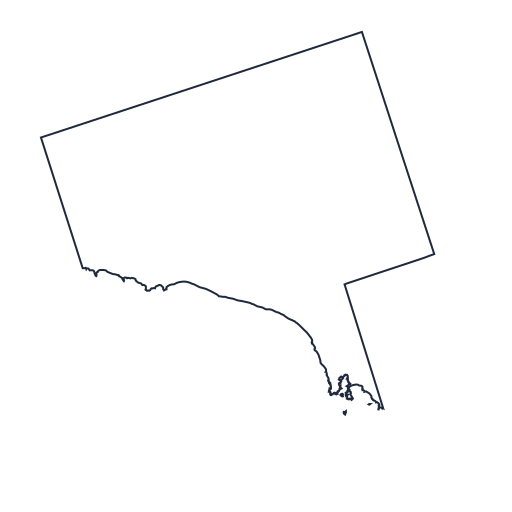 Escalante, Chubut, Argentina, rotated 73°
{"feature_id": "61730980B51244903644877", "entity_name": "Escalante", "entity_type": "district", "adm_level": 2, "iso_a3": "ARG", "parent_name": "Argentina", "parent_adm1": "Chubut", "projection": "albers", "projection_center": [-67.016, -45.339], "detail": "fine", "context": "isolated", "style": "outline", "palette": "slate", "viewbox_px": 512, "rotation_deg": 73, "n_neighbors": 0, "source": "geoboundaries", "source_scale": "gbopen_adm2", "svg_char_len": 6088}
<svg xmlns="http://www.w3.org/2000/svg" viewBox="0 0 512 512"><g transform="rotate(73 256 256)"><path d="M72.7,89.2L79.8,427.0L217.0,425.3L217.5,423.6L217.5,422.3L218.0,422.1L218.8,422.1L218.5,421.8L218.5,421.0L218.7,420.4L219.3,419.7L221.1,419.3L221.3,418.1L221.9,416.5L222.4,415.7L223.3,415.3L225.2,415.4L227.7,415.2L228.5,414.7L228.2,414.3L225.5,413.5L225.0,413.0L225.0,412.0L224.1,411.2L223.8,410.0L223.8,409.2L224.7,406.2L225.5,404.4L226.0,403.7L227.5,402.8L228.1,402.3L231.4,398.2L232.6,395.5L233.4,394.6L234.1,393.0L234.6,392.7L235.0,393.0L238.0,390.3L238.4,390.2L238.7,390.5L239.9,390.3L240.4,389.9L241.4,389.8L241.7,389.6L241.7,388.9L241.7,389.5L241.3,389.8L240.1,389.7L240.2,389.3L239.7,389.3L239.7,389.6L238.8,389.5L238.4,388.8L238.2,387.6L238.7,386.5L239.6,385.8L239.4,385.1L239.5,384.6L240.7,382.6L240.6,381.9L240.6,381.2L242.0,378.8L242.9,378.0L244.3,378.2L247.0,376.5L248.8,373.8L250.6,373.2L250.8,371.8L252.1,370.5L253.0,370.2L255.3,371.0L255.9,371.5L256.3,371.2L256.5,370.7L257.4,370.4L257.6,368.8L258.0,368.4L258.0,368.1L257.7,367.2L256.6,366.0L256.4,365.1L256.8,364.5L256.7,363.3L257.4,362.0L256.3,361.2L255.8,360.5L255.7,358.5L255.4,357.5L255.5,356.8L256.1,355.6L258.6,354.1L259.0,354.0L260.8,354.5L261.6,353.9L262.0,353.9L261.6,352.5L261.7,351.4L260.8,351.3L260.6,350.9L259.6,350.6L259.1,349.5L258.5,346.8L258.6,344.7L259.1,342.6L258.5,339.7L258.6,336.5L259.1,333.5L259.5,332.0L260.5,329.7L262.1,327.2L263.4,325.8L265.2,323.3L269.3,319.1L272.8,313.5L276.6,309.3L281.5,304.5L283.1,303.5L283.6,303.3L285.5,299.2L286.0,297.5L287.9,294.8L290.0,290.7L293.2,286.3L295.1,282.4L298.6,276.3L299.6,274.9L300.7,273.8L301.5,272.5L304.4,269.6L307.2,264.8L309.4,262.7L310.1,261.6L310.9,258.7L312.0,256.7L315.3,253.2L317.0,250.6L318.5,249.3L320.6,246.8L322.2,245.8L325.3,243.3L327.5,240.8L327.9,240.1L328.8,239.4L329.8,238.1L331.1,237.4L331.9,236.6L334.6,234.9L341.5,231.2L343.7,229.9L350.1,227.4L352.5,226.9L353.8,227.1L354.2,227.6L354.9,227.6L354.9,227.9L355.1,228.1L356.2,228.1L356.5,227.6L357.4,227.2L360.6,226.3L361.4,226.4L362.1,227.3L363.4,227.4L363.9,226.7L365.5,225.9L368.7,225.1L374.5,225.0L377.0,225.5L378.4,225.0L381.7,223.2L384.8,222.2L386.6,222.6L387.0,223.1L387.1,222.8L387.4,222.7L389.1,222.7L390.2,222.9L390.1,223.1L390.5,223.3L394.0,222.4L394.7,222.5L395.2,223.0L395.5,223.1L395.4,222.9L395.9,222.7L396.4,222.9L397.6,222.9L397.9,223.2L398.4,223.2L398.6,222.9L399.0,222.7L399.0,222.4L399.5,222.5L399.6,222.8L399.7,222.7L399.8,222.3L400.7,222.8L401.0,222.6L401.0,222.3L401.3,222.3L402.8,222.5L403.0,222.6L403.2,223.0L403.8,223.2L403.9,222.8L404.1,222.8L404.8,223.0L405.0,223.4L404.8,223.8L404.8,224.4L404.5,224.6L405.8,225.3L406.2,225.1L406.4,225.8L406.7,225.9L407.1,225.5L407.3,225.8L407.7,225.1L407.8,224.7L408.1,224.6L408.8,225.0L409.1,224.8L409.9,225.3L410.1,225.1L410.1,225.4L410.8,225.3L411.0,224.7L410.3,224.0L410.7,223.7L410.5,223.3L410.6,222.9L409.8,221.8L410.1,221.5L409.8,221.5L409.7,220.8L410.3,220.3L410.6,220.6L410.7,220.3L410.6,220.1L411.4,219.8L411.2,219.6L411.7,219.2L411.7,218.6L410.8,218.8L410.4,218.6L410.1,218.2L410.6,217.8L410.5,217.6L409.3,217.5L409.0,216.5L409.2,215.9L408.2,215.3L408.0,214.5L407.3,214.9L406.9,214.6L406.8,214.2L406.9,213.9L407.4,214.0L407.6,213.7L407.6,213.0L407.0,213.3L406.6,213.9L405.9,213.6L406.1,213.9L405.3,213.7L405.1,213.9L404.6,213.5L404.1,214.0L403.6,213.7L403.1,214.2L402.4,214.1L402.3,213.9L402.3,213.5L402.0,213.6L401.7,213.4L401.8,212.4L402.1,212.4L402.1,212.2L401.2,211.7L400.8,211.1L400.1,211.2L399.7,210.8L399.4,210.8L399.6,211.4L399.4,212.0L399.1,212.4L398.5,212.3L398.7,212.7L398.3,212.9L397.9,212.2L397.1,212.0L396.8,210.9L396.2,210.4L396.3,209.5L397.3,209.0L398.7,208.9L398.6,208.6L399.0,208.3L397.8,208.5L396.9,207.6L396.7,206.8L396.3,206.7L396.1,206.1L395.8,206.1L395.7,205.5L396.0,205.2L395.7,205.0L395.8,204.8L396.0,204.5L396.2,203.7L397.6,203.3L399.0,203.8L399.8,204.8L399.9,204.5L399.7,204.5L399.7,204.4L399.8,203.9L400.6,204.1L400.7,204.4L401.1,204.7L402.0,204.8L402.4,204.4L403.4,204.6L403.5,204.2L404.2,204.3L405.7,203.1L406.0,203.3L406.0,203.9L405.4,204.4L406.0,204.8L406.7,206.0L407.0,207.3L407.4,206.9L407.2,206.8L407.3,206.6L408.0,206.5L410.1,207.0L411.2,206.9L411.3,207.2L411.7,207.1L412.6,207.7L413.0,208.3L412.4,208.6L412.9,209.0L412.9,209.9L413.1,210.3L413.8,210.1L414.4,210.3L415.3,210.3L415.5,210.4L415.5,210.9L416.0,210.9L415.3,209.6L415.5,208.8L415.8,209.4L416.7,209.8L416.9,210.3L418.1,210.1L418.6,210.5L418.9,210.3L419.1,210.7L419.3,210.5L419.2,210.1L419.5,209.6L420.0,209.6L420.3,209.1L420.3,208.7L419.9,208.4L419.9,208.0L420.2,207.7L419.9,207.5L420.0,207.2L420.8,206.9L420.8,206.5L421.1,206.3L421.5,206.4L421.4,205.9L421.8,205.8L421.0,205.6L420.5,205.0L416.4,206.1L415.8,206.1L415.0,205.6L414.9,205.3L413.8,205.1L413.0,205.9L411.4,205.6L410.6,206.4L410.2,206.4L409.5,206.1L408.3,204.6L408.0,203.4L407.8,201.3L408.1,198.1L408.8,196.3L410.0,195.2L411.0,193.1L412.1,192.4L413.2,192.9L413.8,192.7L414.3,193.3L414.8,193.0L415.5,193.3L415.7,192.6L416.3,192.0L417.3,191.7L417.6,191.9L417.7,190.3L419.6,188.6L420.7,187.7L423.3,186.7L424.5,186.7L425.1,187.1L426.0,186.8L426.5,186.8L426.5,186.5L427.0,186.2L427.8,186.3L428.5,185.9L428.5,185.4L429.6,184.4L430.1,184.1L431.1,184.0L431.0,183.3L431.3,182.9L432.9,181.8L433.2,181.9L433.7,181.6L434.7,181.6L435.2,182.0L435.1,182.4L435.9,182.5L438.6,183.9L439.3,184.0L437.5,182.9L437.2,182.5L437.3,181.0L437.6,180.8L438.0,180.8L437.8,180.7L437.8,180.3L438.5,180.0L438.2,179.8L438.2,179.5L438.8,178.9L309.0,179.6L308.8,176.7L306.9,95.7L306.5,90.2L306.3,85.0L186.7,87.2L72.7,89.2ZM431.6,215.8L431.2,215.5L430.7,215.4L431.0,216.0L431.6,216.3L432.0,216.8L431.7,217.3L430.8,217.5L430.7,217.7L430.9,217.9L432.2,218.0L433.3,217.6L433.7,217.1L432.8,216.6L432.0,215.8L431.6,215.8ZM414.6,213.9L413.9,213.2L413.5,213.4L413.6,214.0L414.5,214.8L415.1,215.0L415.6,214.5L415.6,213.9L414.6,213.9ZM413.8,215.9L414.0,215.7L413.5,214.6L412.9,214.4L412.9,214.8L413.2,215.1L413.3,215.7L413.8,215.9ZM431.1,190.8L430.9,190.2L430.8,190.5L430.9,191.0L430.7,191.3L430.8,191.6L431.2,191.2L432.0,190.9L431.1,190.8Z" fill="none" stroke="#1e293b" stroke-width="2"/></g></svg>